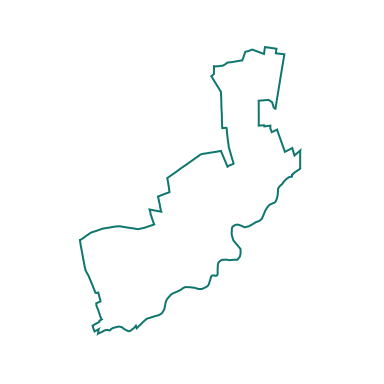 Cordun, Neamt, Romania (Natural Earth projection), rotated 279°
{"feature_id": "2599482B24546192512352", "entity_name": "Cordun", "entity_type": "district", "adm_level": 2, "iso_a3": "ROU", "parent_name": "Romania", "parent_adm1": "Neamt", "projection": "natural_earth1", "projection_center": [26.864, 46.98], "detail": "fine", "context": "isolated", "style": "outline", "palette": "teal", "viewbox_px": 384, "rotation_deg": 279, "n_neighbors": 0, "source": "geoboundaries", "source_scale": "gbopen_adm2", "svg_char_len": 5811}
<svg xmlns="http://www.w3.org/2000/svg" viewBox="0 0 384 384"><g transform="rotate(279 192 192)"><path d="M346.7,249.3L346.5,241.4L339.6,241.5L340.0,239.5L342.1,229.3L340.0,225.6L338.8,222.7L332.4,221.6L329.7,221.0L329.7,220.4L329.0,218.3L328.1,215.7L326.6,211.2L326.2,210.0L325.7,207.7L324.7,206.0L324.1,205.5L323.7,205.2L323.4,205.0L323.2,204.7L322.8,204.2L322.6,203.8L322.2,203.4L321.8,202.8L321.5,202.5L321.3,201.7L321.2,200.9L320.9,200.2L320.6,199.2L320.4,198.3L320.2,197.6L320.0,196.8L319.7,195.6L319.7,194.0L317.9,194.3L315.0,194.7L312.0,195.2L309.3,193.0L308.6,193.7L306.2,195.7L296.4,204.1L295.7,204.7L295.4,204.9L295.2,204.9L294.3,205.1L292.1,205.6L286.0,206.8L282.6,207.4L278.9,208.1L275.8,208.8L272.6,209.5L271.8,209.6L271.2,209.7L270.7,209.8L269.6,210.0L267.5,210.3L265.5,210.7L264.1,211.0L261.9,211.5L261.2,211.6L260.8,211.7L260.6,211.7L260.3,211.8L259.8,211.9L260.3,213.8L260.8,216.0L260.7,216.1L257.0,217.1L255.0,217.6L249.8,219.0L249.4,219.2L248.3,219.5L246.1,220.1L245.1,220.5L244.3,220.7L242.9,221.0L242.2,221.3L241.6,221.5L239.3,222.6L237.5,223.5L236.5,223.9L233.8,225.2L231.2,226.4L228.8,227.6L227.2,228.4L226.7,228.6L226.3,228.5L224.7,225.9L224.6,225.6L223.6,224.1L222.9,223.6L222.7,223.3L222.5,223.1L224.0,222.2L227.0,220.4L229.2,219.0L232.3,217.1L236.5,214.5L237.1,214.3L237.1,214.2L236.5,212.5L235.6,209.9L235.1,208.2L234.2,205.6L233.7,203.9L232.5,200.4L232.2,199.4L231.7,197.7L231.2,196.3L230.8,195.4L230.5,194.9L230.2,194.3L229.5,193.7L229.2,193.5L228.6,192.9L228.0,192.3L228.0,192.1L226.5,190.6L222.8,186.9L216.7,180.6L216.2,180.1L216.0,179.7L215.7,179.5L214.4,178.1L209.2,173.0L208.0,171.7L205.4,169.0L203.8,167.4L201.9,165.4L196.8,167.2L194.6,167.8L194.5,168.0L194.1,168.1L191.3,168.9L188.4,169.8L188.2,169.6L187.5,168.3L186.4,166.3L183.6,161.5L182.2,159.1L179.8,160.1L178.8,160.4L177.7,160.9L176.7,161.2L175.2,161.9L174.1,162.3L172.4,162.8L170.0,163.7L168.6,164.2L168.0,164.7L167.7,164.8L167.8,162.3L168.0,155.5L168.1,152.8L167.9,152.9L167.4,153.2L166.6,153.5L166.2,153.7L165.5,154.0L164.4,154.4L163.8,154.5L163.4,154.6L163.0,154.8L162.2,155.4L161.8,155.6L161.0,156.0L159.9,156.5L158.5,157.3L157.5,157.8L156.3,158.4L155.4,159.0L154.7,159.3L154.3,159.5L154.0,159.7L153.1,158.0L151.4,154.7L151.1,154.2L150.6,153.3L150.3,152.7L149.6,151.3L149.0,150.1L148.1,147.7L147.2,145.5L146.8,144.4L146.8,142.9L146.9,138.6L146.8,138.1L146.8,135.0L146.8,134.4L146.8,133.1L146.8,130.5L146.8,128.5L146.8,127.2L146.9,126.9L146.8,126.2L146.9,125.7L146.8,125.3L146.6,124.7L146.4,124.1L146.3,123.5L146.2,122.7L145.9,121.8L145.6,120.7L145.4,120.2L144.9,118.7L144.8,118.2L144.3,116.9L144.1,116.4L143.8,115.7L143.7,115.3L143.6,115.1L143.4,114.3L143.3,114.1L143.2,113.7L142.7,112.0L142.3,110.9L142.1,110.4L141.9,109.7L141.4,108.6L140.8,107.6L139.7,105.5L139.0,104.3L137.8,101.9L137.0,100.3L136.5,99.3L136.0,98.6L135.7,98.2L135.1,97.5L134.1,96.5L133.5,96.0L133.2,95.6L133.0,95.3L132.5,94.7L131.6,93.8L131.0,93.3L130.6,92.9L129.9,92.2L129.0,91.3L128.4,90.6L127.6,89.7L127.3,89.2L127.1,88.8L121.7,90.5L116.2,92.5L114.8,92.9L113.7,93.4L111.6,94.1L110.1,94.6L108.7,95.1L107.3,95.6L105.1,96.4L103.5,97.0L102.0,97.5L99.3,98.6L98.6,98.9L98.1,99.0L97.9,99.1L97.6,99.5L97.3,99.7L96.7,100.0L94.1,102.1L93.4,102.6L93.3,102.8L92.6,103.3L92.2,103.5L91.1,104.1L90.7,104.3L90.2,104.7L89.9,104.9L89.3,105.2L88.8,105.5L88.2,105.9L87.6,106.2L86.8,106.8L86.5,107.0L86.1,107.2L85.4,107.6L85.2,107.8L84.3,108.3L83.8,108.6L82.4,109.4L81.6,109.9L80.9,110.3L79.7,111.0L79.2,111.3L78.2,111.9L77.4,112.2L77.4,112.5L77.3,113.2L77.3,113.4L77.4,113.6L77.5,113.9L77.6,114.1L77.9,114.4L78.0,114.6L78.1,114.8L78.1,115.1L75.9,116.1L75.1,116.4L72.7,117.5L71.1,118.2L69.7,118.8L67.0,114.8L66.9,114.8L66.6,115.0L66.0,115.1L65.5,115.2L65.2,115.2L64.9,115.3L64.3,115.7L63.6,116.1L60.9,117.7L57.2,119.7L53.8,121.4L52.9,122.2L52.2,122.6L52.1,122.8L51.2,121.8L50.7,121.0L50.4,120.7L49.2,120.8L49.1,120.7L47.4,118.5L44.5,114.7L43.1,115.4L42.8,115.4L39.0,117.5L41.9,121.3L41.4,121.2L40.1,121.2L39.3,121.3L37.3,121.3L37.8,121.8L39.7,125.0L40.7,126.1L41.9,127.8L42.4,129.7L42.5,131.2L42.3,132.1L42.5,132.6L44.2,133.8L45.3,135.2L46.6,138.1L47.7,140.7L47.5,143.8L47.2,144.5L46.1,146.2L45.0,149.4L44.6,150.9L44.7,152.0L45.3,152.9L46.6,154.1L48.2,155.6L49.9,156.9L51.1,157.5L48.8,158.7L56.2,164.2L59.7,167.1L62.0,171.8L63.0,173.7L65.4,178.9L67.8,181.4L69.8,182.2L71.8,183.0L76.1,183.2L79.0,183.3L82.2,184.0L84.7,185.6L86.6,186.8L88.4,188.3L89.7,190.3L91.4,193.1L93.8,196.4L95.6,198.1L97.0,200.1L97.6,204.7L97.8,209.8L97.2,213.4L97.4,214.9L97.8,217.0L99.4,219.5L100.8,221.4L102.4,222.7L103.9,223.1L110.7,224.1L111.3,224.0L112.6,224.9L113.1,226.7L112.9,228.6L113.6,229.9L115.6,230.1L118.3,229.6L121.6,229.2L124.4,228.9L126.5,229.2L127.9,230.2L129.7,232.2L130.6,236.8L130.5,239.7L131.7,244.0L132.1,247.3L134.1,248.6L135.8,249.4L138.9,249.6L143.2,248.9L145.2,246.7L150.6,240.5L154.2,238.7L156.8,237.7L162.4,237.1L163.9,237.4L164.8,238.2L166.3,240.0L167.0,242.4L166.5,245.3L165.5,249.1L165.4,249.8L167.1,253.6L170.6,258.0L172.2,259.7L172.9,261.2L174.4,263.5L176.6,265.2L180.0,266.1L185.4,267.4L188.4,268.7L191.3,270.4L193.2,273.1L194.1,274.8L195.3,275.9L198.2,276.8L201.9,277.1L205.5,276.9L208.7,276.5L211.4,277.7L213.2,279.2L214.6,280.2L215.2,280.4L216.3,280.9L217.0,281.3L219.2,282.9L220.2,283.8L220.9,284.5L221.7,285.4L222.1,286.0L222.4,286.9L222.6,287.8L222.7,288.2L224.0,288.2L224.6,288.1L225.3,289.0L225.7,288.9L226.2,289.3L227.8,290.8L229.2,292.3L230.8,294.0L231.9,295.2L241.4,293.7L249.6,292.4L249.9,292.4L244.1,287.5L251.1,284.2L246.2,277.5L265.8,266.8L267.0,266.4L263.6,261.4L267.1,259.4L267.3,259.4L269.8,259.0L268.1,253.2L269.2,252.8L268.0,247.5L274.8,246.5L292.6,243.6L294.9,253.2L293.2,257.1L288.6,259.3L287.3,260.8L287.3,261.4L318.6,261.5L342.5,261.7L342.1,253.1L346.7,253.0L346.7,249.3Z" fill="none" stroke="#0f766e" stroke-width="2"/></g></svg>